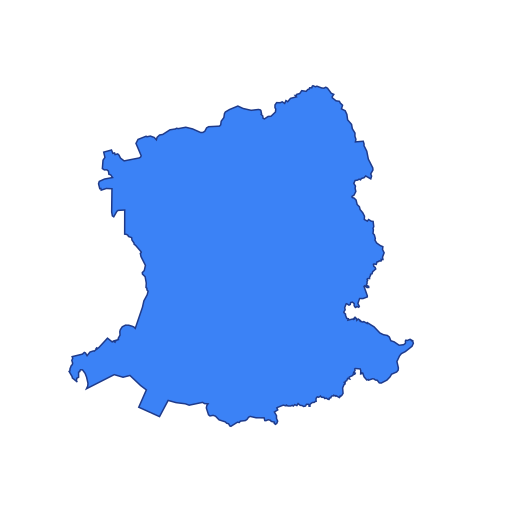 the district of Acaxochitlán, Hidalgo, Mexico, rotated 17°
{"feature_id": "50627088B79111544799343", "entity_name": "Acaxochitlán", "entity_type": "district", "adm_level": 2, "iso_a3": "MEX", "parent_name": "Mexico", "parent_adm1": "Hidalgo", "projection": "mercator", "projection_center": [-98.184, 20.165], "detail": "fine", "context": "isolated", "style": "filled", "palette": "blue", "viewbox_px": 512, "rotation_deg": 17, "n_neighbors": 0, "source": "geoboundaries", "source_scale": "gbopen_adm2", "svg_char_len": 6111}
<svg xmlns="http://www.w3.org/2000/svg" viewBox="0 0 512 512"><g transform="rotate(17 256 256)"><path d="M115.9,173.6L109.1,179.0L108.3,183.4L116.9,193.7L116.7,195.2L115.6,196.4L102.1,203.6L97.8,202.0L95.5,199.6L93.9,198.8L91.6,200.2L90.6,198.8L89.1,199.7L86.8,196.9L80.0,201.2L82.7,205.9L81.7,209.1L83.5,217.3L85.8,218.0L88.1,217.2L90.0,217.9L91.5,220.9L93.2,220.8L95.9,222.9L88.6,226.7L84.3,230.5L84.3,233.0L86.9,237.3L87.9,236.8L88.7,238.3L93.1,235.2L98.6,233.8L105.1,256.1L106.9,259.6L108.5,260.1L109.9,253.9L110.8,252.7L117.0,250.4L124.0,273.5L125.9,273.2L127.6,273.7L128.3,274.6L131.7,274.8L132.7,277.0L135.6,279.3L135.9,280.3L137.9,281.1L144.8,285.5L145.2,286.3L144.6,287.3L146.2,290.2L153.0,297.3L153.4,302.6L152.1,305.1L152.7,306.5L156.0,308.2L159.0,314.0L160.0,318.3L161.0,318.7L161.7,320.4L163.1,321.2L163.3,324.8L161.9,331.7L162.4,338.2L161.7,360.5L160.0,359.6L157.9,359.4L154.6,359.4L151.4,360.3L148.8,362.8L147.8,366.2L147.9,368.2L149.1,371.4L148.3,375.0L148.9,376.1L146.0,378.0L146.7,378.1L146.1,378.7L146.3,379.6L144.3,379.2L143.6,380.2L138.0,378.0L132.5,389.5L131.6,390.6L130.5,390.4L130.2,391.3L131.8,391.3L130.9,391.5L129.1,394.3L128.3,394.3L125.3,396.4L123.6,400.7L121.3,398.6L120.0,398.4L118.7,400.6L109.6,406.0L110.6,407.3L110.4,409.7L112.0,412.1L112.1,413.6L111.4,414.7L111.1,418.2L111.6,420.3L111.0,421.0L115.5,425.2L116.0,426.3L122.0,428.8L120.9,428.1L120.3,425.4L121.8,423.8L120.3,419.0L121.3,418.0L121.1,416.9L121.5,416.1L123.4,415.6L126.9,418.2L129.4,421.4L132.5,426.8L133.1,429.5L132.7,432.5L155.1,410.9L164.3,410.8L170.4,407.1L183.5,413.6L190.3,416.1L188.1,434.9L210.7,437.8L214.2,419.8L222.3,419.6L231.6,418.0L235.7,418.2L247.7,411.6L249.9,412.2L253.3,411.4L252.7,413.4L252.9,415.8L257.0,421.7L258.7,422.4L261.6,420.9L264.1,421.0L268.6,423.5L275.2,423.6L276.8,424.5L278.8,424.4L280.7,426.2L281.8,426.2L286.8,420.4L288.7,420.1L289.3,418.5L293.9,416.5L295.2,414.9L296.0,412.4L297.3,411.1L303.3,410.7L311.1,408.4L312.5,410.8L313.6,410.6L315.5,409.0L317.8,408.9L318.9,409.7L322.2,409.5L322.3,410.6L323.8,411.3L324.8,410.0L325.0,407.6L323.1,405.4L322.3,402.7L319.2,399.8L321.8,396.8L320.3,395.2L321.1,394.3L325.7,390.6L328.1,390.6L328.8,390.3L328.7,389.7L330.4,390.1L333.0,389.3L334.3,388.2L335.5,388.6L336.5,386.8L338.8,387.1L339.4,384.8L341.9,385.9L343.9,385.5L345.5,386.0L347.2,385.0L347.6,383.1L349.3,382.5L350.6,383.4L350.7,384.1L351.5,383.9L351.0,382.1L351.7,381.0L352.8,379.6L354.4,379.0L355.2,377.8L356.0,377.4L355.1,375.1L355.3,373.6L355.9,372.7L356.8,372.9L358.4,371.7L358.5,371.1L360.2,371.9L362.3,371.3L363.3,372.2L364.8,371.4L366.9,372.0L367.8,371.8L367.7,370.5L369.0,369.7L369.1,368.4L369.7,367.5L371.0,367.1L371.1,366.4L372.0,366.7L373.1,366.2L373.4,366.7L374.0,366.3L377.1,367.0L377.4,365.4L377.8,365.7L378.8,364.2L379.4,361.9L377.4,356.8L377.8,353.3L378.6,352.2L377.4,351.1L378.2,350.7L378.1,349.7L379.2,348.7L379.4,346.3L381.5,346.2L380.6,345.3L380.6,344.5L383.4,342.0L383.5,340.6L383.8,341.0L385.0,340.1L385.2,339.0L383.5,338.6L384.2,336.6L383.4,335.2L383.7,334.6L388.6,333.5L389.7,335.0L390.4,337.6L390.9,336.8L391.7,336.8L391.5,337.6L392.5,337.0L394.7,340.0L398.2,342.2L399.4,341.3L400.0,341.8L403.4,339.3L404.8,339.1L406.4,339.7L408.3,339.4L411.0,341.3L412.9,340.9L417.5,336.4L419.5,332.4L420.2,329.4L424.4,325.8L425.3,323.7L424.9,321.4L421.6,315.7L422.5,309.4L423.6,306.8L426.8,303.7L431.6,296.7L432.0,293.5L430.9,291.8L429.9,291.6L430.3,291.2L427.7,290.6L425.5,292.5L423.9,292.7L423.7,293.6L424.4,295.4L424.0,296.5L423.0,297.7L419.0,299.5L413.2,297.7L409.7,297.6L407.2,294.5L404.9,293.6L400.9,294.0L397.0,293.4L389.6,289.2L382.0,287.2L382.0,288.0L378.2,287.2L377.6,287.9L374.9,288.0L374.3,287.6L374.6,287.2L372.3,286.4L371.2,288.0L370.8,286.7L368.6,285.6L367.9,287.0L368.6,287.4L367.6,288.3L366.7,288.1L362.7,290.5L362.7,289.0L361.0,289.1L358.9,286.5L358.6,285.4L356.6,284.4L356.4,283.4L357.0,281.4L355.9,279.5L356.2,275.4L356.6,275.1L359.3,275.8L360.3,274.8L360.1,272.8L361.7,271.9L363.8,272.8L364.3,274.6L365.3,275.7L366.3,276.1L367.3,274.8L369.2,275.0L369.5,273.9L367.3,271.6L367.5,266.4L370.8,265.4L374.4,262.6L374.1,261.5L368.2,253.5L368.6,252.8L371.6,253.7L373.0,253.1L372.6,252.1L370.0,251.7L370.2,249.6L369.6,248.0L369.9,246.8L369.0,245.8L369.3,245.0L371.2,244.4L370.8,243.0L371.2,241.0L370.9,240.0L372.2,239.0L372.1,237.0L374.3,233.4L373.3,232.1L371.7,231.5L370.7,229.6L371.2,229.1L373.4,228.9L373.5,226.2L375.0,225.4L375.2,224.6L377.0,224.3L377.3,223.3L376.8,222.6L378.4,222.2L377.3,220.1L377.6,215.5L375.1,212.8L374.6,210.0L371.8,209.7L367.6,208.3L365.1,206.0L365.0,204.4L363.0,201.2L361.3,200.2L360.6,196.6L359.8,195.4L360.0,193.4L357.9,188.7L356.1,189.0L353.0,188.2L352.3,190.1L348.9,189.4L348.1,186.2L345.4,183.4L342.0,181.2L340.5,178.7L337.7,177.2L335.3,173.2L332.8,171.9L331.1,172.0L330.6,171.6L330.4,170.9L331.9,169.2L332.6,165.1L330.9,162.1L330.7,160.1L328.3,157.9L328.7,154.8L331.0,153.7L332.1,152.4L333.7,152.6L334.1,151.1L336.5,149.5L337.5,147.4L343.2,148.7L343.2,145.8L341.7,143.9L342.7,139.6L341.9,137.6L335.1,130.5L331.3,123.4L327.0,118.9L326.6,117.3L325.0,114.9L317.7,117.8L317.4,115.1L315.6,112.6L314.7,109.5L310.9,106.1L308.9,102.2L303.8,99.0L301.5,94.0L298.8,91.0L294.7,90.3L294.7,86.5L291.9,85.1L290.5,83.7L287.2,84.2L282.7,82.4L282.3,81.4L283.1,78.7L280.4,78.4L275.3,74.6L273.4,74.2L271.8,75.7L269.7,76.1L264.6,75.8L263.3,76.8L260.7,76.5L260.1,77.3L260.2,78.8L258.1,79.5L258.1,80.7L256.8,81.7L255.8,83.9L251.4,84.5L250.3,87.9L247.8,89.4L247.7,90.5L246.5,91.0L248.1,92.0L242.9,95.2L241.2,99.2L239.2,98.6L238.8,101.7L236.0,100.9L234.4,102.3L230.9,103.3L230.0,106.0L230.8,108.7L231.9,109.6L232.5,112.6L229.5,118.0L226.8,119.0L224.0,122.4L222.5,122.2L221.4,120.0L219.5,119.0L219.7,118.3L218.1,115.4L217.2,115.0L215.4,115.2L208.8,118.1L200.5,118.7L194.8,117.9L187.8,123.7L184.6,127.2L184.2,129.0L184.8,133.0L183.3,137.3L183.9,140.9L183.1,142.5L172.9,146.2L171.3,147.9L170.6,151.6L169.2,153.3L167.0,154.1L158.2,153.0L151.2,153.4L144.5,156.9L142.6,157.1L141.9,158.0L136.8,160.5L131.3,167.0L128.4,168.5L126.7,171.5L126.8,174.0L124.0,172.4L119.9,172.2L116.8,173.9L115.9,173.6Z" fill="#3b82f6" stroke="#1e3a8a" stroke-width="1.5"/></g></svg>